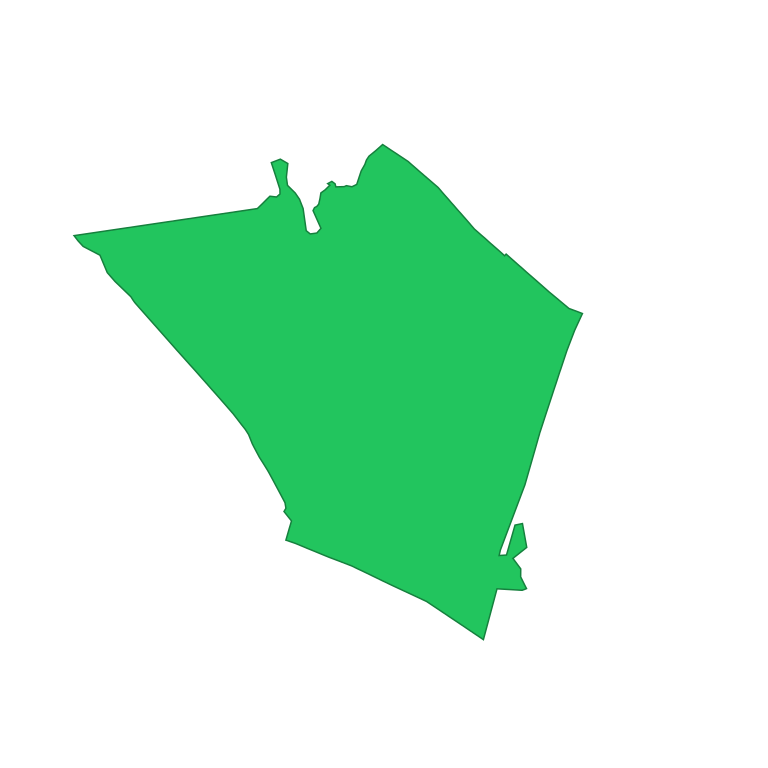 San Mateo Etlatongo, Oaxaca, Mexico, rotated 63°
{"feature_id": "50627088B15495496169885", "entity_name": "San Mateo Etlatongo", "entity_type": "district", "adm_level": 2, "iso_a3": "MEX", "parent_name": "Mexico", "parent_adm1": "Oaxaca", "projection": "mercator", "projection_center": [-97.265, 17.424], "detail": "fine", "context": "isolated", "style": "filled", "palette": "green", "viewbox_px": 768, "rotation_deg": 63, "n_neighbors": 0, "source": "geoboundaries", "source_scale": "gbopen_adm2", "svg_char_len": 2678}
<svg xmlns="http://www.w3.org/2000/svg" viewBox="0 0 768 768"><g transform="rotate(63 384 384)"><path d="M111.1,592.8L117.6,591.6L124.8,589.6L140.3,578.6L159.1,580.0L170.6,577.1L191.4,569.9L195.5,569.5L198.2,569.1L200.7,568.5L252.5,555.1L259.9,553.2L279.2,548.1L282.8,547.1L286.2,546.2L289.7,545.3L293.2,544.4L296.7,543.5L303.6,541.7L304.1,541.5L304.8,541.4L311.5,539.7L316.4,538.4L321.1,537.2L325.9,536.0L330.5,534.8L332.9,534.2L334.2,533.9L341.0,532.2L341.7,532.0L353.9,529.7L354.6,529.6L361.5,528.2L367.6,527.6L377.5,528.5L381.3,528.5L387.0,528.4L391.9,528.3L392.8,528.3L400.0,527.6L407.1,527.0L410.4,526.8L414.3,526.7L417.9,526.6L432.8,526.3L444.8,526.1L450.2,527.8L452.2,531.0L464.0,528.6L466.8,531.2L469.3,533.6L478.6,542.3L485.7,535.4L494.6,527.8L495.0,527.5L501.7,521.7L510.7,514.0L513.8,511.3L522.8,503.1L523.2,502.8L531.4,495.4L536.7,491.4L541.7,487.5L542.4,487.0L553.2,478.8L559.6,474.0L567.9,467.6L597.1,444.8L615.0,434.8L621.3,431.3L633.8,424.3L643.2,419.1L656.9,411.5L636.8,393.4L617.8,376.3L626.5,361.4L630.5,354.6L630.9,351.5L631.0,349.9L626.4,349.9L617.9,349.8L610.8,346.1L599.6,348.0L598.1,348.2L597.9,348.3L595.1,334.5L594.4,331.0L571.2,324.0L569.2,331.3L587.8,348.6L590.8,351.4L592.0,352.5L589.1,359.3L584.7,355.6L541.9,308.7L537.9,304.3L508.1,276.5L501.4,270.3L499.2,268.2L498.7,267.8L498.4,267.6L497.4,266.5L491.9,261.0L486.0,255.1L484.3,253.4L470.8,239.8L466.2,235.2L461.5,230.4L452.9,221.8L451.6,220.4L437.2,205.8L422.7,189.7L411.3,175.2L407.3,178.8L402.2,183.5L400.7,184.9L381.0,193.3L377.4,194.9L364.5,200.0L352.3,204.9L348.6,206.4L342.3,208.8L340.0,209.8L323.7,216.2L324.5,218.3L317.2,221.1L313.7,222.5L306.8,225.3L303.4,226.6L299.9,227.9L296.3,229.4L287.0,233.1L281.8,234.4L280.8,234.6L277.6,235.4L274.0,236.3L270.1,237.3L268.5,237.7L262.1,239.4L256.3,240.8L255.6,241.0L253.8,241.5L251.8,242.0L251.3,242.1L250.0,242.4L248.0,242.9L245.4,243.6L243.1,244.2L238.3,245.4L237.7,245.5L234.1,246.4L233.4,246.6L232.6,246.9L210.9,255.8L199.2,260.5L196.8,261.4L186.5,267.2L176.8,272.7L176.7,272.7L176.4,272.9L170.0,276.5L172.3,285.3L174.2,294.0L176.5,298.0L179.7,301.4L183.8,307.6L193.8,317.7L193.7,323.0L190.2,327.5L190.1,329.8L186.5,337.4L183.4,336.7L179.8,338.5L179.9,343.2L182.3,342.0L184.3,348.4L185.1,353.5L189.5,356.7L191.8,358.6L194.1,360.5L195.3,363.3L195.3,365.8L197.3,368.5L216.7,369.5L219.0,375.3L216.8,381.6L212.1,383.7L190.9,376.4L181.7,375.5L181.2,375.4L173.5,376.4L163.2,379.8L155.4,377.1L143.9,369.6L136.6,374.3L136.2,378.1L135.6,383.9L148.4,385.9L160.0,387.8L163.2,388.3L167.5,390.4L167.7,391.1L167.8,391.7L168.6,394.8L164.9,400.4L166.2,404.6L168.0,410.1L170.2,417.2L111.1,592.8Z" fill="#22c55e" stroke="#15803d" stroke-width="1.5"/></g></svg>